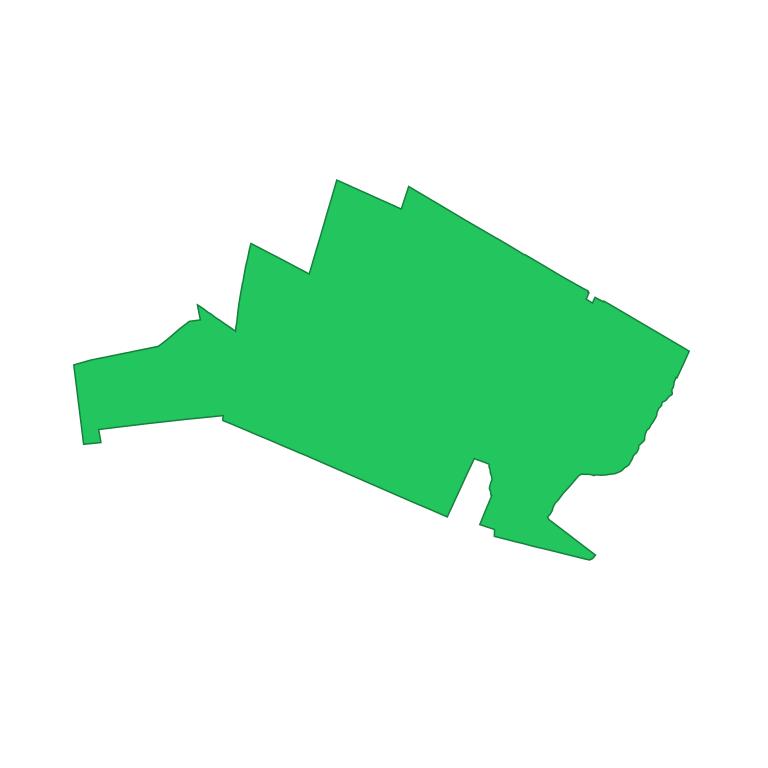 the district of Gheraseni, Buzau, Romania, rotated 80°
{"feature_id": "2599482B74363145879351", "entity_name": "Gheraseni", "entity_type": "district", "adm_level": 2, "iso_a3": "ROU", "parent_name": "Romania", "parent_adm1": "Buzau", "projection": "natural_earth1", "projection_center": [26.807, 44.997], "detail": "fine", "context": "isolated", "style": "filled", "palette": "green", "viewbox_px": 768, "rotation_deg": 80, "n_neighbors": 0, "source": "geoboundaries", "source_scale": "gbopen_adm2", "svg_char_len": 4423}
<svg xmlns="http://www.w3.org/2000/svg" viewBox="0 0 768 768"><g transform="rotate(80 384 384)"><path d="M391.2,690.3L391.6,685.6L392.5,672.9L379.3,672.9L380.1,657.4L380.2,655.1L381.7,627.8L382.0,622.8L384.3,586.6L385.6,569.6L387.2,547.9L391.8,549.1L391.9,548.9L392.2,548.6L392.5,548.3L392.7,547.9L397.4,540.4L401.4,534.3L402.4,532.7L402.9,531.9L403.6,530.9L406.0,527.1L406.6,526.2L406.8,525.9L407.3,525.2L407.8,524.4L408.2,523.8L410.1,520.9L411.3,519.1L411.8,518.3L412.0,518.1L412.2,517.7L413.0,516.5L413.6,515.5L414.1,514.7L414.6,513.9L415.3,512.9L415.5,512.5L415.7,512.2L415.8,512.1L415.9,511.8L416.3,511.1L416.9,510.2L418.0,508.6L418.3,508.0L418.6,507.6L428.4,492.7L429.1,491.7L429.6,491.0L430.1,490.2L430.7,489.1L437.3,479.0L437.9,478.0L438.8,476.5L439.1,476.1L442.2,471.2L443.7,469.1L445.2,466.8L498.7,386.2L507.1,373.5L514.8,361.5L525.9,344.8L521.1,341.5L516.3,338.1L516.0,337.9L513.2,336.0L503.9,329.5L488.5,318.9L473.1,308.0L474.8,305.3L475.7,303.7L479.3,297.4L480.2,296.2L480.9,294.8L481.6,294.2L482.2,294.5L482.8,294.8L483.3,294.9L484.2,294.9L485.5,294.7L485.8,294.6L486.2,294.5L486.6,294.4L490.0,294.7L491.3,294.5L491.9,294.4L492.6,294.3L494.0,294.0L496.1,294.2L497.2,294.3L497.6,294.6L498.2,295.0L498.7,295.4L498.8,295.5L500.1,296.2L500.4,296.4L500.6,296.4L502.2,297.2L503.9,298.0L505.7,298.4L508.4,297.8L509.8,297.6L511.0,298.1L511.8,298.0L512.5,297.2L519.4,301.6L524.3,304.8L532.7,310.1L539.1,314.1L541.7,309.3L546.5,300.4L553.2,301.8L556.2,295.1L559.2,288.4L561.8,282.9L564.7,276.1L567.1,270.8L568.3,268.4L570.0,264.7L575.2,252.5L577.8,246.6L582.6,235.9L586.0,228.2L589.7,219.9L591.0,217.0L591.5,215.8L592.0,214.7L592.2,214.1L592.6,213.1L593.0,212.2L592.1,208.8L589.2,205.4L588.4,206.2L571.7,221.6L568.3,224.7L546.8,244.5L546.5,244.9L543.4,246.1L541.2,243.1L537.9,240.3L534.9,239.0L531.1,236.1L528.4,232.4L522.7,226.4L517.6,219.6L508.3,208.4L507.1,205.4L508.4,199.0L508.9,196.4L510.6,193.2L510.3,190.5L511.3,187.1L512.0,182.4L512.4,171.9L511.1,165.9L509.4,163.1L508.1,161.4L507.7,159.8L506.1,156.9L503.3,154.5L500.9,152.5L499.9,151.9L499.5,151.7L498.3,151.1L497.2,149.9L496.0,147.9L495.4,147.1L493.1,145.3L491.8,144.4L490.7,144.1L489.4,144.0L488.9,143.7L485.4,138.2L484.3,137.2L482.9,136.7L482.2,136.6L481.5,136.4L480.2,136.1L478.2,135.1L477.8,134.8L475.3,133.2L473.8,130.7L473.5,130.3L469.9,127.6L468.6,126.0L464.3,122.3L463.0,121.4L462.6,121.2L461.6,120.7L460.5,120.4L459.8,120.3L456.3,118.0L455.8,117.6L455.3,117.0L454.6,116.1L454.3,115.5L453.5,114.5L452.8,114.1L451.6,113.9L451.0,113.6L450.2,112.9L449.7,110.7L449.1,109.3L448.5,108.5L447.4,107.3L445.7,105.2L444.9,103.2L444.5,102.4L443.9,101.9L443.2,101.7L440.9,101.7L440.1,101.6L439.2,101.2L438.0,100.1L437.5,99.8L435.7,98.9L433.5,98.2L432.6,98.0L431.4,97.3L430.7,96.8L429.7,96.1L429.2,95.8L428.7,95.6L428.2,95.2L428.9,94.5L428.7,94.3L428.4,94.1L423.4,90.6L418.3,87.0L410.4,81.6L404.7,77.7L402.9,79.9L402.2,80.6L373.0,114.8L367.4,121.4L343.8,149.1L341.5,151.9L340.5,153.2L341.1,153.8L340.0,155.0L337.6,158.3L336.5,159.6L335.3,161.1L340.5,164.7L337.8,167.6L335.6,170.2L333.5,168.7L331.4,167.5L330.9,167.1L330.1,166.5L329.8,166.3L329.1,167.3L328.2,166.6L327.1,167.8L326.0,169.2L324.1,171.7L316.6,180.9L313.8,184.3L313.3,184.9L312.0,186.5L309.8,189.2L298.3,202.6L294.6,206.8L292.3,209.5L291.9,210.0L290.3,211.8L289.7,212.6L287.5,215.1L281.2,222.6L281.0,223.5L271.5,234.3L267.5,238.9L265.3,241.5L261.7,245.7L258.7,249.4L256.4,252.1L253.6,255.5L250.5,259.2L236.7,275.5L221.6,293.0L210.0,306.5L193.8,325.4L214.7,336.6L188.8,374.7L176.9,392.2L176.5,392.8L175.1,394.9L175.0,395.1L176.6,395.9L193.1,404.0L199.9,407.4L205.5,410.2L215.1,414.9L228.7,421.6L235.0,424.8L262.6,438.5L262.5,438.8L252.5,451.6L246.9,458.8L241.7,465.5L236.6,472.2L236.6,472.3L228.7,482.5L222.7,490.3L222.5,490.6L223.1,490.9L227.9,493.1L232.8,495.0L237.3,496.8L243.8,499.7L249.8,501.9L255.8,504.1L256.8,504.4L258.2,504.8L259.9,505.8L261.8,506.5L265.0,507.6L268.9,509.1L272.9,510.5L275.5,511.4L279.1,512.7L288.3,515.6L289.9,516.0L294.3,517.3L297.6,518.2L298.5,518.6L302.2,519.9L304.7,520.6L306.3,521.1L305.6,521.6L297.2,530.2L291.8,535.6L291.2,536.4L289.1,538.6L284.8,542.5L282.9,544.8L278.6,548.7L275.6,551.8L273.7,554.0L286.1,553.8L289.0,553.7L288.5,564.5L288.5,564.8L294.0,575.4L301.1,587.3L302.9,590.4L307.7,599.7L308.1,614.1L308.5,628.4L308.6,629.3L308.6,633.4L309.5,668.5L311.3,686.2L382.1,689.8L389.2,690.2L391.2,690.3Z" fill="#22c55e" stroke="#15803d" stroke-width="1.5"/></g></svg>